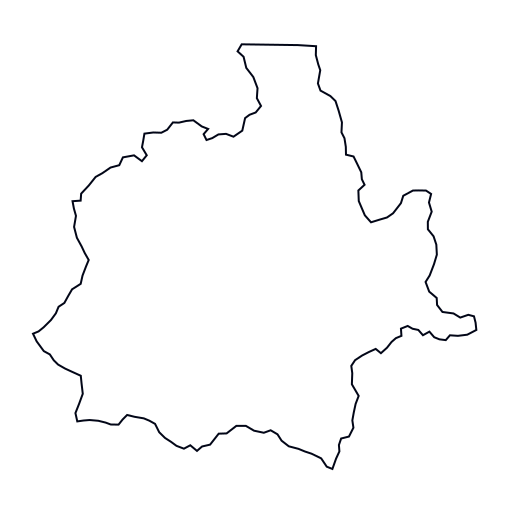 outline of Salto de Pirapora, São Paulo, Brazil, rotated 181°
{"feature_id": "56859067B30320122732425", "entity_name": "Salto de Pirapora", "entity_type": "district", "adm_level": 2, "iso_a3": "BRA", "parent_name": "Brazil", "parent_adm1": "São Paulo", "projection": "natural_earth1", "projection_center": [-47.59, -23.661], "detail": "fine", "context": "isolated", "style": "outline", "palette": "ink", "viewbox_px": 512, "rotation_deg": 181, "n_neighbors": 0, "source": "geoboundaries", "source_scale": "gbopen_adm2", "svg_char_len": 2486}
<svg xmlns="http://www.w3.org/2000/svg" viewBox="0 0 512 512"><g transform="rotate(181 256 256)"><path d="M34.4,185.9L35.3,193.2L37.0,199.5L42.7,200.9L50.7,198.0L57.5,202.0L68.6,203.3L74.1,210.2L74.6,217.2L82.2,223.4L86.0,233.0L82.0,239.6L77.9,250.9L75.2,260.5L75.9,270.5L78.8,278.8L84.6,285.7L84.8,293.2L81.1,303.4L84.0,312.5L82.0,321.1L87.2,324.4L94.4,324.4L100.2,324.2L109.8,318.8L112.0,311.4L115.5,306.7L119.7,301.1L125.7,296.8L133.1,294.5L141.6,291.7L147.9,298.6L154.2,312.7L154.8,323.3L148.7,329.1L151.5,334.6L152.2,341.5L156.8,350.6L160.2,357.2L167.8,358.9L168.1,366.7L169.6,375.3L172.7,381.1L172.4,391.1L175.9,402.7L179.2,412.3L184.4,417.2L194.4,422.5L197.1,429.6L195.0,442.9L197.1,448.7L199.7,457.9L199.6,466.8L217.7,467.6L274.0,467.4L278.0,460.3L271.9,455.0L269.0,443.9L261.8,434.9L257.4,423.8L257.9,413.8L253.6,406.1L258.8,399.5L264.9,397.1L269.3,393.7L271.9,381.1L280.6,374.9L288.1,377.6L295.7,376.9L301.8,373.1L307.5,371.1L310.5,376.9L306.1,382.2L312.5,384.6L321.0,390.6L328.1,389.8L335.4,388.0L341.4,388.1L347.0,380.7L352.8,377.6L360.9,377.7L369.7,376.4L370.8,369.1L371.9,362.7L367.0,354.8L371.7,348.8L379.7,354.5L390.8,352.3L394.3,344.4L403.0,341.9L411.1,336.1L417.7,332.3L424.4,323.6L431.9,315.3L432.3,308.3L440.4,307.6L438.9,300.3L436.7,293.0L438.4,281.9L435.4,271.1L430.5,262.5L427.3,256.0L423.2,249.1L425.8,242.5L429.1,233.4L430.8,225.1L439.3,219.5L443.0,212.9L446.8,205.7L452.5,201.8L455.1,195.2L459.9,188.4L467.1,181.0L472.1,176.8L477.6,174.4L473.8,166.8L466.5,157.2L460.4,154.0L456.4,148.2L452.0,144.0L444.9,140.1L438.1,137.1L429.1,133.2L428.2,125.6L426.8,115.2L430.3,105.1L433.8,95.8L431.8,87.5L425.6,88.5L419.5,89.1L410.8,88.5L403.4,86.8L398.3,85.0L390.5,85.0L386.5,90.2L382.1,94.8L374.6,93.1L365.3,91.7L359.8,89.5L354.0,86.4L349.7,78.1L343.8,72.5L337.7,68.7L332.2,64.8L324.7,62.1L318.4,65.6L311.6,60.1L306.6,64.6L298.6,66.6L290.2,77.7L282.3,78.1L272.7,85.8L263.2,86.0L254.9,81.3L245.1,79.4L238.3,82.0L231.4,78.1L227.2,71.8L219.9,66.3L210.1,63.9L203.7,61.4L197.0,59.3L187.3,54.8L181.6,46.6L175.9,44.4L172.4,54.8L169.2,62.1L169.8,68.5L167.7,75.0L159.9,77.1L155.6,86.0L156.8,93.3L155.5,101.3L153.8,109.9L150.9,117.9L157.9,129.4L157.7,140.5L158.8,147.8L155.1,153.6L148.1,158.4L141.4,162.0L134.7,165.2L129.4,161.0L123.4,166.6L119.0,172.4L114.7,176.3L109.2,178.7L109.8,185.9L103.1,188.7L98.2,186.0L92.4,184.9L87.7,179.7L81.3,183.4L76.4,177.9L71.2,175.9L64.8,175.2L60.7,180.1L52.7,179.7L43.4,181.0L34.4,185.9Z" fill="none" stroke="#020617" stroke-width="2"/></g></svg>